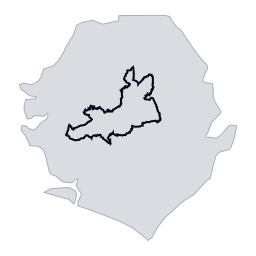 location of Tonkolili, Northern, Sierra Leone
{"feature_id": "65957751B39959109464342", "entity_name": "Tonkolili", "entity_type": "district", "adm_level": 2, "iso_a3": "SLE", "parent_name": "Sierra Leone", "parent_adm1": "Northern", "projection": "mercator", "projection_center": [-11.945, 8.764], "detail": "fine", "context": "in_parent", "style": "outline", "palette": "ink", "viewbox_px": 256, "rotation_deg": 0, "n_neighbors": 0, "source": "geoboundaries", "source_scale": "gbopen_adm2", "svg_char_len": 7207}
<svg xmlns="http://www.w3.org/2000/svg" viewBox="0 0 256 256"><path d="M236.5,125.8L236.3,128.0L234.2,138.5L231.0,147.4L228.8,149.6L219.7,152.0L215.8,155.9L212.4,168.7L210.2,178.6L207.1,180.3L193.6,194.7L184.8,200.2L178.7,204.9L172.8,211.0L165.5,216.9L157.7,227.0L152.0,237.4L148.2,240.6L145.3,237.7L131.9,227.4L117.8,220.5L87.7,209.0L77.7,205.8L78.1,201.7L81.5,194.2L75.9,185.5L78.1,179.1L75.9,179.1L71.6,182.9L62.4,181.8L56.3,176.3L51.4,174.3L49.2,171.6L46.0,157.1L43.7,150.5L39.1,146.5L29.9,145.5L26.1,136.7L20.9,129.8L21.8,125.6L25.9,125.8L29.2,128.9L34.5,130.2L41.0,122.8L46.9,118.7L48.2,115.2L47.5,113.3L44.0,116.3L34.2,115.5L31.8,118.2L27.5,119.1L24.1,110.4L24.3,105.3L25.7,99.7L35.5,98.7L36.3,96.9L29.5,95.7L21.0,89.1L19.5,84.6L23.7,83.1L27.7,83.8L31.2,84.7L35.0,83.1L38.6,80.7L40.7,77.5L43.6,69.0L52.8,66.1L58.2,60.9L63.4,52.8L65.7,47.2L67.8,44.3L69.2,41.9L70.2,39.2L72.5,36.7L74.9,30.7L76.6,25.2L81.8,22.6L92.7,20.2L102.4,24.2L118.3,20.8L119.1,15.6L133.6,15.5L150.8,15.4L165.1,15.4L170.0,16.7L171.8,20.6L176.5,26.6L181.4,30.7L187.5,39.9L194.6,50.5L202.2,60.1L207.1,65.3L207.7,67.1L207.3,69.1L204.9,74.0L202.8,79.3L203.1,81.3L204.5,82.3L212.5,83.9L213.2,89.8L213.3,97.9L217.1,105.5L220.8,111.0L220.6,113.0L211.6,122.5L208.1,131.9L206.3,134.6L205.6,136.7L207.4,137.7L209.9,137.1L213.4,137.9L216.7,138.1L221.1,134.7L228.5,126.1L231.0,125.0L236.5,125.8ZM74.8,202.1L73.7,204.0L68.9,199.4L44.1,192.4L51.1,188.6L68.3,187.5L73.5,189.7L75.8,191.5L76.6,195.0L74.8,202.1Z" fill="#d9dde1" stroke="#a8b0b8" stroke-width="1"/><path d="M66.1,134.3L66.0,134.9L66.2,135.3L66.7,135.5L67.1,135.3L67.8,135.5L68.4,136.2L69.1,136.3L70.0,138.6L71.7,138.9L74.0,140.0L75.5,140.2L77.3,140.1L78.3,139.7L79.3,139.9L80.0,139.1L80.9,138.7L81.3,138.3L82.0,138.2L82.6,138.4L83.5,138.0L84.0,138.0L84.5,136.9L85.9,135.8L86.0,135.4L86.7,135.6L87.3,135.3L87.9,135.5L89.2,137.0L91.0,137.2L91.1,137.7L91.4,137.7L91.5,137.9L91.6,137.3L92.0,137.2L92.1,136.8L93.2,135.7L94.9,135.3L95.0,135.7L96.1,136.1L96.9,135.4L96.9,135.6L97.2,135.4L97.9,135.6L99.3,135.0L100.3,134.8L100.7,135.1L100.5,135.7L100.8,136.4L101.3,137.1L102.5,137.4L103.1,137.8L102.9,138.4L103.2,138.9L104.5,139.5L105.6,140.3L105.6,140.5L106.8,141.0L107.3,142.0L108.1,142.1L108.7,142.6L108.5,142.9L108.6,143.0L109.9,142.9L110.4,143.9L110.6,143.6L110.1,142.7L110.3,141.6L109.8,140.4L109.8,140.2L110.2,140.1L110.2,139.5L109.7,139.6L109.4,139.9L108.8,139.7L107.8,137.9L109.4,135.8L109.6,134.6L110.2,134.2L110.1,134.8L110.2,135.0L110.7,135.1L111.0,134.1L112.1,133.9L113.0,132.6L113.0,133.7L113.2,133.9L114.4,134.6L115.3,134.7L115.6,135.0L115.8,134.9L116.2,135.2L116.4,135.0L116.4,135.3L116.7,135.2L116.9,135.5L117.3,135.5L117.7,135.7L118.2,135.5L118.3,135.2L118.4,135.3L118.9,134.9L119.2,135.0L120.0,134.9L120.6,135.2L121.4,135.2L122.4,135.6L123.6,134.9L125.2,135.2L125.6,135.0L126.0,134.0L126.9,133.3L127.5,133.2L127.8,133.3L128.5,132.5L129.1,132.4L129.5,132.5L129.6,132.1L129.9,132.2L129.9,131.6L130.1,131.5L130.1,131.8L130.2,131.7L130.8,130.5L131.4,130.4L131.7,129.5L131.5,129.1L132.0,129.1L132.2,128.6L132.1,128.4L132.4,128.2L132.3,127.1L132.0,126.6L132.2,125.9L133.6,126.4L135.3,126.8L139.8,126.5L142.1,125.5L142.8,125.5L142.8,125.3L142.4,125.2L142.5,124.4L142.3,123.3L143.0,122.7L143.4,123.0L144.5,123.0L145.7,122.5L146.4,121.9L149.3,122.2L151.7,121.1L153.4,121.1L154.5,120.8L155.2,121.0L155.4,120.8L155.8,121.1L156.0,121.0L156.8,121.2L157.0,121.7L156.9,121.9L157.2,122.3L157.4,122.4L157.9,122.1L158.0,121.6L158.4,121.5L158.4,121.0L158.9,121.2L159.1,120.7L159.4,120.8L160.0,120.4L160.4,120.0L160.3,119.4L160.5,119.3L160.2,117.8L160.1,117.4L159.9,117.5L159.7,116.0L159.4,115.6L159.5,114.3L159.8,114.1L159.5,113.1L158.8,112.8L157.7,110.8L157.8,110.4L157.2,109.3L157.3,108.9L157.1,107.4L156.9,107.0L156.5,106.9L156.3,106.3L156.4,105.8L156.1,104.8L155.5,104.1L155.4,103.4L155.0,103.1L154.9,102.5L153.9,100.6L153.6,99.5L152.9,98.3L151.9,97.8L150.2,98.7L150.0,99.0L149.9,99.7L147.5,99.6L145.8,99.2L144.9,99.2L144.5,98.4L145.0,98.4L145.0,97.8L145.6,97.1L145.8,96.2L146.0,96.2L145.8,95.9L146.2,95.9L146.6,95.3L146.7,94.8L147.0,94.7L147.3,94.2L147.4,94.6L148.1,94.1L148.1,93.9L148.2,94.2L147.9,94.4L148.2,94.8L148.7,94.6L148.8,94.9L149.1,95.0L149.4,95.2L149.7,93.4L149.9,93.2L150.1,93.3L150.1,93.7L150.5,93.9L150.8,93.5L150.6,93.3L151.1,92.4L151.2,91.3L151.6,91.2L151.9,90.7L152.0,89.4L151.8,89.3L152.1,89.0L152.3,89.2L152.8,89.2L152.8,88.5L153.0,88.3L153.0,87.7L153.4,87.2L153.0,86.9L153.1,86.4L152.4,85.6L152.5,84.9L152.7,84.7L152.8,83.6L152.6,83.3L153.0,82.8L153.0,82.1L152.8,81.9L152.9,81.0L152.8,80.0L153.0,79.1L152.8,78.7L152.8,77.2L152.5,76.3L152.2,76.2L151.8,75.3L151.6,75.5L151.4,74.9L150.8,74.7L150.3,75.0L149.6,74.6L149.4,74.8L149.1,74.6L148.6,75.2L148.0,76.1L147.3,76.2L147.0,76.5L146.8,76.3L146.1,76.9L145.7,76.9L145.7,77.1L144.8,77.4L144.3,77.2L143.7,78.2L143.0,78.7L143.2,79.4L142.4,79.9L140.6,81.9L138.7,83.5L138.2,84.3L138.1,83.3L137.8,82.4L136.6,81.3L135.2,80.6L133.1,79.9L133.4,78.8L133.4,78.4L133.8,77.4L133.6,77.2L133.7,75.9L133.9,74.1L133.6,73.9L133.7,71.5L133.4,69.5L133.4,68.1L133.1,67.0L131.3,68.7L130.7,70.3L127.4,70.4L127.3,72.9L126.7,73.4L126.2,73.6L125.6,74.6L125.8,75.8L124.7,76.8L124.4,77.4L124.1,79.4L124.7,80.3L125.7,80.5L126.0,80.9L125.9,81.6L126.2,82.2L127.3,82.8L128.1,82.9L129.7,83.8L129.8,84.1L129.4,84.2L129.4,85.2L129.0,85.1L128.6,85.3L128.6,85.9L128.2,86.0L127.9,86.6L127.2,86.7L127.1,87.3L126.2,87.1L125.6,86.1L125.4,86.2L125.7,86.8L125.6,87.0L125.3,86.7L124.8,86.7L124.7,86.9L125.1,87.4L124.4,88.3L124.2,88.4L123.5,88.1L122.5,88.6L122.0,89.1L122.4,89.5L122.0,90.2L121.5,90.1L120.8,90.3L121.4,91.0L121.4,91.5L122.0,91.7L121.7,92.1L122.1,92.3L121.8,94.1L121.9,95.2L122.2,95.7L122.3,97.0L122.0,97.1L121.7,97.9L121.0,98.4L121.3,98.7L121.1,99.7L121.1,100.4L120.9,100.8L121.2,102.5L121.0,103.0L121.4,103.7L121.1,104.3L120.8,104.2L120.8,105.0L120.2,105.4L119.7,106.3L119.2,106.1L119.0,106.6L118.6,106.4L116.6,107.6L116.1,108.1L113.0,109.7L112.7,110.9L112.4,111.5L111.9,111.6L111.3,111.3L110.9,111.4L110.9,111.0L110.7,110.9L110.2,111.6L109.9,111.6L109.7,111.5L109.8,110.8L109.5,110.7L108.9,110.7L108.4,111.1L108.2,110.5L108.4,109.9L108.1,109.7L107.5,109.8L107.2,110.7L107.5,111.2L107.5,111.5L106.9,111.3L105.9,111.9L105.3,112.0L104.9,112.7L104.7,112.8L104.4,112.7L103.6,110.7L102.9,109.8L101.6,109.4L99.9,107.2L99.6,107.0L99.3,107.2L98.4,108.4L97.9,108.4L97.6,108.0L97.3,108.0L96.8,108.4L96.8,109.0L96.4,109.0L95.0,108.2L94.1,106.7L93.7,107.2L93.8,108.2L93.6,108.8L93.3,109.2L92.6,109.3L92.5,108.8L93.1,108.4L93.1,107.2L93.5,106.7L93.0,106.3L92.6,106.3L92.0,106.9L91.6,106.6L91.3,105.8L90.8,105.7L90.5,106.1L90.3,107.3L89.3,108.4L90.1,108.9L89.9,109.4L89.5,109.5L88.6,108.7L88.6,109.3L88.4,109.5L87.4,110.3L86.5,110.6L85.7,110.2L85.4,109.6L84.9,110.1L85.0,110.6L84.5,111.5L84.7,112.3L83.8,112.4L84.3,113.6L84.6,113.9L86.0,114.5L86.7,114.6L87.7,115.2L89.0,115.0L89.3,116.9L89.8,117.7L91.0,118.3L91.8,119.3L91.5,119.5L91.1,120.5L89.7,121.3L89.4,121.7L88.9,121.5L88.5,121.6L85.7,124.3L84.4,124.9L82.6,125.4L80.6,125.5L76.7,127.5L74.1,128.1L73.9,129.2L73.4,129.6L71.9,128.7L71.6,127.3L71.2,127.3L70.9,127.0L70.7,126.0L69.3,124.9L68.7,126.7L68.1,130.2L67.2,131.8L67.0,133.8L66.8,134.1L66.1,134.3Z" fill="none" stroke="#020617" stroke-width="2"/></svg>